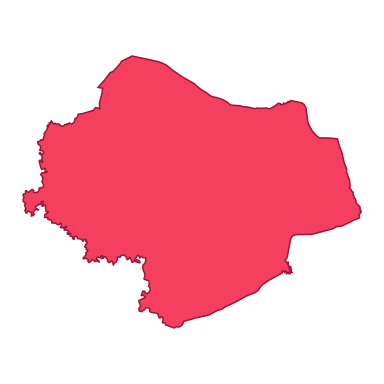 outline of Wang Yang, Nakhon Phanom, Thailand
{"feature_id": "78962969B31746602904448", "entity_name": "Wang Yang", "entity_type": "district", "adm_level": 2, "iso_a3": "THA", "parent_name": "Thailand", "parent_adm1": "Nakhon Phanom", "projection": "mercator", "projection_center": [104.414, 17.07], "detail": "fine", "context": "isolated", "style": "filled", "palette": "rose", "viewbox_px": 384, "rotation_deg": 0, "n_neighbors": 0, "source": "geoboundaries", "source_scale": "gbopen_adm2", "svg_char_len": 5880}
<svg xmlns="http://www.w3.org/2000/svg" viewBox="0 0 384 384"><path d="M109.1,262.7L111.2,261.3L112.1,261.2L113.0,263.3L113.1,264.6L113.6,264.9L114.1,263.1L115.8,262.5L117.3,259.8L117.5,256.9L120.2,257.3L121.0,255.7L123.1,255.0L124.1,255.3L126.5,257.0L126.5,258.8L127.2,259.6L128.3,259.2L129.3,257.6L129.8,257.5L131.6,260.7L131.8,262.0L132.6,262.4L134.2,261.0L138.9,262.8L140.0,262.7L139.6,261.1L138.1,260.0L135.0,259.7L137.5,255.5L139.0,255.8L139.8,257.9L141.4,256.4L143.3,257.8L145.5,257.6L145.8,258.1L145.6,262.0L143.1,265.2L142.6,266.4L143.4,270.7L144.4,272.5L145.0,276.1L143.9,278.8L144.6,279.5L148.2,280.5L148.9,281.2L149.4,283.5L148.5,286.2L150.1,288.0L150.1,290.4L148.9,292.2L147.3,293.7L145.5,293.0L144.7,291.3L144.0,290.9L143.1,291.1L142.3,292.3L141.3,295.5L143.9,295.6L145.1,296.6L145.3,297.3L139.0,300.5L138.8,301.4L140.7,305.9L138.9,308.4L139.0,310.5L139.7,311.4L141.8,311.5L144.4,309.8L146.3,307.4L149.7,308.6L150.0,309.1L149.5,310.8L149.7,311.5L150.9,312.3L157.0,313.3L158.2,314.8L158.6,317.0L159.3,317.9L160.5,317.8L161.2,316.5L162.4,316.9L163.2,319.0L162.4,322.3L162.8,322.8L164.7,322.7L165.3,323.4L165.4,324.9L174.3,328.0L176.0,326.9L179.2,327.0L181.3,325.7L182.5,324.6L183.7,321.4L196.6,317.7L208.4,315.2L217.6,310.4L222.2,309.1L224.6,307.2L235.6,302.0L246.1,296.2L255.3,292.5L258.2,290.4L260.6,286.8L263.2,284.1L268.2,280.7L281.8,273.2L282.6,272.5L282.2,271.1L284.3,271.5L284.8,272.2L285.3,271.1L285.9,271.2L286.3,271.6L286.4,273.4L287.0,272.5L287.9,273.5L289.1,272.4L289.2,273.6L290.0,273.1L290.4,273.5L291.3,272.3L292.1,272.4L291.6,271.7L290.5,271.3L291.1,271.3L291.3,270.6L290.2,270.1L290.8,269.7L291.2,270.2L291.4,269.6L291.1,268.9L290.4,268.6L290.7,268.1L290.0,268.1L289.8,268.8L289.4,268.8L289.7,267.1L290.3,266.7L289.5,266.3L289.1,266.8L288.6,266.6L288.6,265.0L287.9,264.3L288.4,263.6L288.3,262.4L287.3,262.9L286.8,261.9L285.8,261.7L285.1,260.9L285.5,259.6L286.6,258.5L287.4,256.4L290.5,239.2L291.8,236.9L293.3,235.5L295.6,234.7L311.7,234.4L332.7,228.8L337.2,226.4L342.1,226.0L352.7,220.8L353.3,220.2L359.1,218.2L359.5,216.7L358.9,214.6L359.3,213.9L360.3,213.6L361.0,211.9L360.4,211.4L360.8,210.6L360.1,210.0L360.4,209.2L359.6,208.3L360.1,206.9L356.9,203.9L356.2,202.7L355.6,199.3L355.2,198.5L354.2,198.1L353.9,195.9L353.2,195.1L353.1,192.3L351.7,190.9L351.3,189.9L350.3,189.7L350.1,188.2L349.5,187.5L350.1,185.9L349.5,179.7L347.9,176.4L347.7,174.5L346.7,173.0L346.6,168.9L343.9,162.0L342.4,154.1L339.0,144.8L337.5,138.9L330.5,138.1L320.4,137.9L318.7,137.4L316.2,135.4L312.2,130.8L309.0,125.1L307.9,122.2L305.9,107.6L304.0,104.4L301.7,102.8L290.9,100.5L290.2,100.9L290.2,101.5L289.4,101.7L289.1,102.3L288.7,101.6L287.9,101.8L287.5,102.7L286.4,102.8L285.2,103.8L284.3,103.9L283.7,103.0L282.6,104.6L280.5,104.7L280.4,103.7L278.3,103.2L275.7,105.4L270.5,108.5L269.5,108.8L266.1,108.0L259.5,108.4L257.4,107.9L255.1,108.7L247.4,107.0L242.9,106.7L240.0,105.7L231.8,105.2L230.2,104.7L226.4,101.6L222.4,99.5L216.7,97.6L212.8,96.8L210.1,95.6L206.4,92.7L199.9,88.7L194.1,83.6L182.1,76.8L172.5,70.1L166.8,65.4L162.6,63.2L157.2,61.4L132.1,56.0L121.5,61.3L120.3,63.5L113.3,71.4L110.2,72.6L104.8,79.8L98.0,87.4L102.6,88.3L102.1,92.8L99.4,103.1L99.6,107.2L100.0,108.6L95.9,107.5L94.4,108.8L93.9,110.2L82.5,113.6L78.0,114.3L77.9,115.7L77.0,117.5L75.0,118.6L74.3,122.0L72.0,124.0L71.2,124.2L69.5,122.9L68.2,123.9L67.0,123.7L66.5,125.0L65.3,124.6L64.3,125.0L63.7,126.0L62.5,126.4L61.3,125.6L60.4,125.7L59.5,124.4L58.3,123.8L57.0,124.2L55.0,123.2L54.0,124.2L52.7,123.0L52.6,122.2L51.8,121.9L51.3,121.0L50.2,123.0L49.4,123.0L50.1,123.7L48.7,124.8L48.2,124.7L48.3,125.4L47.6,125.8L48.3,125.9L48.4,126.8L47.5,127.1L47.3,128.8L44.0,133.8L44.6,135.0L43.3,138.3L43.1,139.9L40.8,139.9L39.7,141.3L37.9,141.6L37.6,142.1L38.4,144.3L40.8,146.6L40.8,147.4L39.7,150.2L42.2,150.6L43.8,152.7L42.4,154.5L41.3,154.0L40.2,152.4L39.3,153.1L39.5,154.0L41.3,155.0L42.4,157.1L41.6,159.2L42.7,161.3L42.5,162.3L41.6,162.1L40.1,160.2L39.5,160.5L39.2,161.3L40.8,167.7L41.7,169.4L44.9,168.4L45.1,171.2L47.1,171.5L46.6,172.3L45.7,172.8L43.4,172.6L41.8,173.1L40.8,174.3L40.9,175.0L42.5,176.5L42.5,178.1L43.1,178.6L41.9,181.8L43.4,184.5L43.6,186.5L42.5,187.3L39.2,188.1L38.8,190.4L37.8,192.0L37.0,192.4L33.7,192.4L33.4,191.9L33.7,190.5L32.1,189.3L28.7,192.2L28.1,192.1L26.2,190.6L25.6,190.6L25.5,193.5L25.0,194.0L23.6,193.9L23.1,195.1L23.9,197.4L23.0,199.9L23.2,201.0L23.8,202.0L25.7,203.4L24.6,205.0L25.9,209.0L24.8,210.2L26.0,213.0L26.7,213.0L28.1,211.3L28.7,211.2L31.6,213.0L31.3,216.0L32.1,215.9L34.2,214.7L34.4,214.3L33.4,213.1L33.4,212.3L35.2,209.5L36.3,209.4L37.9,210.2L38.5,209.8L35.8,208.1L35.5,206.2L38.0,205.4L38.4,204.1L39.8,204.6L40.7,204.2L41.3,203.7L41.2,201.9L42.9,201.3L43.2,202.3L41.9,206.0L42.5,206.2L44.8,205.1L45.5,205.1L45.5,208.9L46.0,209.9L45.9,211.4L46.4,211.7L48.2,211.7L48.4,212.1L47.7,212.9L44.9,214.6L44.5,217.4L47.6,217.6L48.0,219.4L51.5,220.4L51.9,221.1L51.7,222.7L52.1,223.0L55.1,223.1L56.3,223.5L57.2,224.5L58.3,224.7L59.5,224.4L60.6,223.2L61.1,223.2L61.5,224.0L61.4,225.6L60.4,226.9L60.6,227.4L63.3,228.0L64.9,226.8L66.4,226.6L66.3,227.4L64.2,228.6L64.4,230.1L66.7,230.1L69.0,231.8L68.9,232.5L67.3,232.9L67.3,233.8L68.3,234.5L70.1,233.6L70.7,233.7L70.1,236.0L72.4,236.7L72.7,238.4L73.4,239.3L73.9,239.3L74.5,238.5L74.4,236.5L75.9,236.2L76.8,236.5L77.7,238.7L79.8,238.8L81.9,239.5L82.7,241.2L83.4,240.9L84.6,239.3L85.9,239.6L85.7,241.4L87.2,242.1L87.4,242.6L85.9,244.2L84.6,246.8L86.5,248.0L86.2,249.6L87.6,249.8L87.8,250.5L87.4,251.3L85.8,252.7L86.1,254.7L84.4,256.9L83.2,257.6L83.5,258.8L86.0,258.4L87.9,259.4L88.2,259.8L87.9,261.2L89.1,262.6L89.9,262.2L91.9,260.1L93.3,259.6L93.7,259.8L94.6,261.6L95.1,261.6L96.1,260.7L99.0,262.0L99.2,261.4L96.6,259.0L96.7,257.7L98.0,257.1L100.4,257.8L101.2,255.9L101.9,255.7L102.6,256.2L102.0,258.5L103.3,258.2L104.6,256.6L105.1,256.6L107.5,259.3L107.6,261.3L109.1,262.7Z" fill="#f43f5e" stroke="#9f1239" stroke-width="1.5"/></svg>